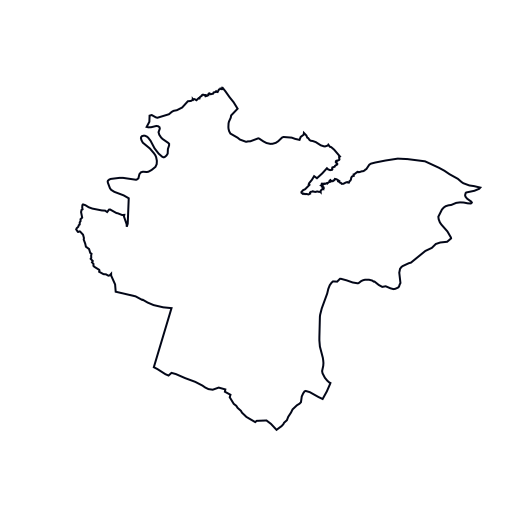 outline of Mueang Saraburi, Saraburi, Thailand, rotated 293°
{"feature_id": "78962969B17861572852327", "entity_name": "Mueang Saraburi", "entity_type": "district", "adm_level": 2, "iso_a3": "THA", "parent_name": "Thailand", "parent_adm1": "Saraburi", "projection": "robinson", "projection_center": [100.948, 14.498], "detail": "fine", "context": "isolated", "style": "outline", "palette": "ink", "viewbox_px": 512, "rotation_deg": 293, "n_neighbors": 0, "source": "geoboundaries", "source_scale": "gbopen_adm2", "svg_char_len": 6129}
<svg xmlns="http://www.w3.org/2000/svg" viewBox="0 0 512 512"><g transform="rotate(293 256 256)"><path d="M188.8,104.9L187.6,107.7L186.1,107.5L185.2,109.5L183.4,110.2L182.9,111.4L182.0,117.1L181.4,117.6L180.2,117.8L179.7,122.7L180.5,125.1L180.2,127.8L181.0,128.9L183.0,129.6L181.4,130.3L174.8,137.4L168.3,140.8L171.8,160.9L171.1,168.5L171.5,168.8L170.8,174.4L170.8,180.9L172.5,190.6L175.0,198.6L113.7,205.4L113.4,209.4L111.8,218.8L111.8,222.2L115.4,223.9L116.0,228.3L115.9,238.5L116.4,249.2L115.8,257.3L115.1,260.6L114.9,264.2L116.0,268.4L120.3,273.1L121.2,279.9L118.9,280.4L118.3,286.7L115.7,287.0L111.2,293.3L110.4,296.4L109.0,298.4L107.6,302.6L106.3,304.3L104.1,310.1L102.8,320.2L104.5,321.0L108.7,329.9L107.3,335.4L104.0,342.8L109.6,346.1L111.9,346.9L113.5,347.0L116.9,348.6L120.6,348.5L125.6,349.4L129.1,349.6L134.6,352.0L137.1,353.8L139.0,354.5L144.6,353.0L148.0,353.1L150.4,353.6L151.2,354.5L151.7,358.7L150.6,368.6L150.4,373.2L159.0,374.1L167.5,374.2L168.2,374.1L168.2,372.9L169.1,370.3L170.8,367.0L174.0,363.1L175.9,361.8L181.2,360.8L183.8,359.9L186.1,358.7L188.4,357.3L197.6,350.2L203.1,347.3L206.2,346.0L225.2,338.5L227.0,338.0L233.5,337.0L249.2,336.2L254.0,335.4L258.0,335.3L261.0,336.0L262.7,336.8L264.1,340.7L267.8,342.2L268.2,343.1L269.0,349.0L269.4,355.3L270.6,360.3L271.1,361.0L274.1,362.7L275.6,364.1L276.8,365.7L278.3,369.2L278.8,372.5L278.4,374.4L278.8,375.0L277.3,380.3L276.9,384.3L278.8,387.2L278.8,392.3L279.2,395.4L280.1,396.9L282.3,399.0L283.7,399.6L285.8,399.4L287.6,399.5L296.6,394.4L300.5,393.6L302.8,394.2L304.1,395.0L309.1,399.5L310.4,401.2L326.8,409.9L332.2,414.7L337.3,416.8L340.4,420.3L343.8,426.4L348.4,428.7L349.2,428.2L353.4,422.6L357.4,414.3L358.8,412.1L361.2,409.8L363.4,408.5L371.4,409.0L374.0,409.9L375.9,411.1L377.8,413.3L379.3,415.8L383.1,419.5L385.1,422.9L386.4,426.4L387.2,430.3L388.2,433.1L388.6,433.5L389.5,433.8L390.1,433.0L391.3,427.8L392.5,425.6L393.7,424.7L395.9,424.4L396.6,424.7L401.4,431.6L405.1,435.2L406.6,435.7L405.5,429.3L404.3,424.8L404.0,418.3L404.4,416.3L405.9,411.7L406.9,402.2L408.1,396.1L408.7,389.9L409.2,374.6L404.4,357.6L401.0,348.4L394.5,337.9L388.6,329.2L385.9,325.7L384.3,324.6L379.0,323.6L378.3,322.9L377.1,322.5L375.8,321.3L375.4,320.4L373.6,318.4L373.5,317.7L373.0,317.3L373.1,316.5L369.6,314.5L369.2,314.0L368.0,314.7L367.2,313.7L366.4,313.2L365.2,313.1L363.5,313.5L362.3,313.4L361.3,312.8L359.9,312.9L359.5,312.1L359.7,311.1L358.6,309.8L356.7,308.3L355.9,306.7L356.5,305.5L356.3,304.8L356.7,304.2L356.8,302.4L357.2,302.3L357.7,302.7L358.1,300.2L357.8,298.5L356.3,298.5L355.8,297.7L355.0,297.6L354.5,296.8L354.6,296.2L354.1,295.9L354.9,294.8L354.2,294.4L353.8,294.9L353.0,294.9L352.9,294.5L351.4,293.7L351.1,293.1L350.5,293.2L350.4,292.4L349.6,291.7L349.6,291.1L349.1,290.9L349.0,290.2L348.4,290.0L348.8,289.5L348.3,288.3L347.7,288.4L347.7,289.1L346.6,288.5L346.7,289.2L346.5,289.5L345.6,289.5L345.4,290.8L345.0,291.2L345.5,291.4L345.1,291.8L344.4,291.2L343.7,291.8L343.3,290.8L341.9,290.2L341.1,290.1L340.0,290.6L340.3,289.9L339.7,289.2L339.3,287.0L338.3,285.9L337.8,284.2L337.8,283.0L337.3,282.7L336.5,281.4L335.5,280.9L334.6,281.5L333.2,280.3L332.8,278.1L332.4,277.7L332.3,276.6L331.8,276.1L332.0,275.2L331.5,274.8L332.0,273.1L332.6,272.8L335.0,273.6L336.6,275.1L342.3,277.4L342.6,276.5L343.9,276.5L348.0,277.7L352.2,278.3L351.4,281.7L357.9,284.7L364.5,287.0L363.9,288.5L364.0,290.7L365.0,292.3L365.8,292.4L366.4,291.8L367.4,291.7L368.9,293.5L369.9,293.5L372.0,295.0L372.6,294.8L372.7,294.2L373.0,294.1L373.5,292.8L374.5,292.5L374.9,292.7L375.0,293.4L375.6,293.4L376.1,294.3L377.0,295.0L377.4,295.1L379.6,293.8L380.4,294.4L384.4,286.4L385.6,282.7L385.4,281.4L386.7,279.1L385.8,279.0L383.8,276.7L383.5,275.7L383.2,272.4L384.2,266.5L384.0,263.3L383.5,261.3L383.7,260.0L384.9,258.0L385.0,256.9L386.6,255.3L388.0,252.0L386.3,252.5L383.1,250.6L379.9,250.7L379.1,246.3L378.9,242.6L376.3,234.8L375.2,233.7L370.3,231.6L367.9,230.0L365.7,227.3L364.8,225.3L364.1,221.5L364.4,217.9L365.3,213.1L365.2,212.1L359.4,206.0L358.2,203.5L357.6,202.9L357.2,201.9L356.9,195.7L357.7,192.9L358.7,184.6L360.3,182.6L362.2,181.1L363.9,180.2L367.4,178.9L369.1,178.6L373.4,178.7L375.7,178.2L384.4,181.5L388.8,175.3L391.8,169.7L395.7,163.4L397.8,159.5L397.7,159.2L396.5,159.8L396.2,159.5L396.2,157.8L395.7,157.8L394.7,156.8L391.9,156.6L391.7,156.0L392.1,154.9L391.0,154.5L390.0,153.1L388.7,153.1L387.2,151.1L387.1,150.6L387.6,149.7L387.3,149.2L386.4,148.9L385.4,149.3L385.2,148.8L384.6,148.6L384.6,148.0L383.9,147.8L383.4,147.2L384.4,146.5L384.3,146.2L383.8,146.1L383.9,144.5L383.7,144.0L382.9,143.4L382.0,143.4L381.8,143.1L380.3,142.3L379.0,142.4L379.0,141.6L376.1,140.3L376.4,138.2L376.1,137.5L375.3,137.2L375.7,136.5L375.0,136.8L373.3,135.5L371.8,132.8L363.8,130.0L359.3,126.2L357.4,123.4L355.7,122.1L352.5,120.5L344.7,111.2L344.5,109.6L345.0,104.9L343.6,103.2L337.9,105.4L332.1,104.9L332.4,106.7L333.6,109.2L336.8,113.5L337.2,115.3L336.8,116.9L335.6,117.7L331.9,117.9L329.8,119.6L328.0,122.3L327.2,124.3L325.8,131.1L325.3,132.2L323.8,132.8L320.1,133.1L315.7,134.7L313.4,134.3L311.3,133.2L310.7,132.3L310.7,130.9L312.2,126.4L314.0,123.1L315.5,120.5L320.8,114.0L322.8,110.5L323.3,108.8L323.3,106.7L323.0,105.8L321.8,104.2L320.5,103.8L319.4,104.1L317.8,105.4L316.1,107.5L313.5,116.3L310.6,122.1L309.3,124.1L307.9,125.5L304.8,127.6L301.7,128.7L298.7,128.6L294.4,126.3L291.6,124.1L290.6,122.6L289.4,119.0L288.1,117.4L285.8,116.7L281.5,117.4L279.8,116.4L279.3,115.8L276.0,103.2L274.7,100.0L270.2,92.2L269.1,91.1L267.5,90.3L266.8,90.3L265.6,91.0L261.3,95.1L260.3,96.8L259.7,100.5L260.1,110.5L259.4,116.3L235.6,125.3L232.4,125.6L234.7,124.5L240.8,119.0L242.4,118.7L241.4,116.8L241.3,112.0L241.0,110.8L241.8,103.5L241.3,102.6L238.3,101.8L238.8,99.4L237.7,96.3L235.7,86.8L235.5,82.9L236.1,79.1L235.9,76.6L235.0,76.3L232.7,77.1L231.2,78.1L230.3,77.4L228.1,77.8L223.4,81.0L221.3,80.1L219.5,80.9L218.1,80.6L216.1,81.4L215.1,80.8L213.5,81.0L211.5,80.1L210.2,80.1L208.6,82.6L208.7,83.0L209.7,83.9L209.8,84.5L208.0,88.5L205.3,90.6L203.8,91.0L200.6,94.0L198.1,95.8L197.2,99.6L194.1,102.2L193.8,103.7L191.9,104.1L189.9,105.1L188.8,104.9Z" fill="none" stroke="#020617" stroke-width="2"/></g></svg>